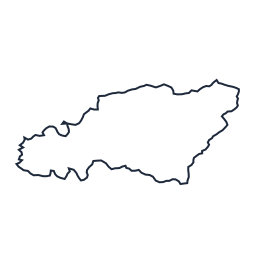 São José da Safira, Minas Gerais, Brazil, rotated 97°
{"feature_id": "56859067B51877249726479", "entity_name": "São José da Safira", "entity_type": "district", "adm_level": 2, "iso_a3": "BRA", "parent_name": "Brazil", "parent_adm1": "Minas Gerais", "projection": "equal_earth", "projection_center": [-42.12, -18.326], "detail": "fine", "context": "isolated", "style": "outline", "palette": "slate", "viewbox_px": 256, "rotation_deg": 97, "n_neighbors": 0, "source": "geoboundaries", "source_scale": "gbopen_adm2", "svg_char_len": 2466}
<svg xmlns="http://www.w3.org/2000/svg" viewBox="0 0 256 256"><g transform="rotate(97 128 128)"><path d="M69.6,45.9L72.7,49.0L75.0,50.4L76.7,52.3L76.8,55.5L78.4,58.6L80.8,61.4L83.2,63.5L83.1,66.4L82.9,69.5L85.8,71.8L86.7,75.3L87.9,78.5L88.6,83.0L88.4,86.9L85.3,87.7L82.5,89.9L81.3,93.6L80.3,97.7L82.3,101.1L84.3,105.3L83.2,111.0L82.9,115.0L84.3,117.2L85.6,121.0L88.3,125.2L89.3,129.0L91.0,132.6L93.2,135.7L93.9,138.5L93.8,141.8L94.8,144.6L95.4,147.6L96.9,151.3L98.8,154.7L99.3,157.6L99.8,160.5L101.8,161.5L104.2,160.4L106.7,161.1L109.5,161.0L113.3,160.2L113.8,163.8L113.2,167.8L115.5,169.1L117.8,171.5L119.7,173.4L122.7,174.1L126.4,175.5L129.2,177.1L131.3,180.5L131.2,184.6L130.9,189.0L133.4,188.3L136.1,186.8L139.1,186.1L141.3,187.2L143.7,188.9L143.5,192.4L142.6,195.5L140.7,197.4L138.7,198.6L136.8,200.0L135.7,202.7L136.1,206.3L138.1,209.0L140.6,211.1L142.8,212.3L145.4,210.5L146.6,214.8L146.2,219.0L148.0,221.0L150.3,222.7L151.7,225.8L150.1,229.7L152.2,229.1L155.4,230.4L158.3,233.3L160.1,229.7L162.9,233.7L165.0,230.7L167.4,229.9L169.3,231.8L172.5,232.5L172.9,229.3L175.7,231.5L177.3,234.3L179.8,231.8L181.2,229.0L182.6,226.5L182.8,222.0L185.0,219.3L186.4,215.9L185.6,211.2L186.2,206.2L185.7,202.7L184.7,199.8L182.2,199.4L179.6,199.4L179.7,196.4L182.7,194.7L184.6,192.4L185.7,189.0L186.3,184.7L183.5,183.3L180.6,182.4L178.2,180.5L175.3,181.8L176.1,176.8L179.0,173.7L181.2,172.4L183.5,170.6L185.8,168.3L184.7,165.3L182.2,162.7L179.6,162.2L177.0,163.6L174.7,163.5L171.7,161.9L168.5,159.1L165.0,158.4L164.2,154.8L163.5,150.6L165.7,145.6L168.8,142.5L170.9,139.3L169.6,136.0L168.8,131.6L167.0,129.0L165.8,125.9L167.8,124.8L168.2,121.8L170.0,119.3L169.6,115.9L168.3,112.2L170.7,109.3L172.1,105.0L172.0,100.8L173.3,97.3L176.8,94.1L178.0,90.2L177.4,86.6L175.8,83.5L175.4,80.5L173.4,77.5L173.2,74.6L174.7,71.1L177.2,69.1L176.4,66.1L175.5,62.5L172.8,62.5L169.3,61.7L166.1,62.2L162.5,63.1L159.3,63.4L157.0,60.5L154.1,58.9L151.8,59.2L149.6,58.9L147.4,56.7L145.1,54.2L144.1,51.3L141.8,51.7L139.9,48.4L136.9,46.4L134.7,45.5L132.6,47.0L130.1,46.1L127.9,43.4L125.8,42.5L123.5,39.4L121.1,37.0L118.6,33.8L115.4,31.4L112.8,29.7L110.0,31.1L107.4,33.6L105.0,36.2L102.9,35.0L101.5,32.8L99.5,31.1L98.8,27.4L96.7,24.9L94.5,22.8L92.3,21.7L90.1,22.8L87.6,22.8L85.4,22.4L83.5,23.9L81.1,23.0L78.4,22.4L76.0,22.7L75.0,25.6L74.3,29.2L74.0,33.3L73.3,37.5L72.6,40.3L72.3,43.7L69.6,45.9ZM130.9,189.0L129.4,192.4L131.9,193.8L130.9,189.0Z" fill="none" stroke="#1e293b" stroke-width="2"/></g></svg>